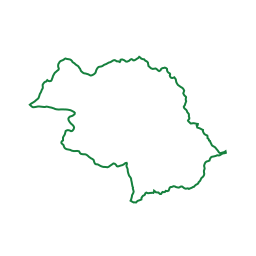 Novo Cruzeiro, Minas Gerais, Brazil (Robinson projection), rotated 281°
{"feature_id": "56859067B79443339621870", "entity_name": "Novo Cruzeiro", "entity_type": "district", "adm_level": 2, "iso_a3": "BRA", "parent_name": "Brazil", "parent_adm1": "Minas Gerais", "projection": "robinson", "projection_center": [-41.963, -17.365], "detail": "fine", "context": "isolated", "style": "outline", "palette": "green", "viewbox_px": 256, "rotation_deg": 281, "n_neighbors": 0, "source": "geoboundaries", "source_scale": "gbopen_adm2", "svg_char_len": 5813}
<svg xmlns="http://www.w3.org/2000/svg" viewBox="0 0 256 256"><g transform="rotate(281 128 128)"><path d="M95.5,75.4L95.0,77.2L95.0,79.3L95.4,81.0L95.8,82.5L95.8,84.3L95.1,85.0L94.3,85.6L93.7,86.5L93.6,87.5L93.6,88.5L93.9,90.1L94.0,91.4L93.7,92.6L93.0,94.0L92.1,95.4L91.6,96.6L91.1,97.7L90.8,99.0L90.0,100.4L88.8,101.0L87.7,101.6L86.7,102.4L86.3,103.5L86.5,105.2L86.0,106.8L85.5,108.2L85.2,109.8L85.1,111.2L85.3,112.5L85.5,114.0L85.5,115.2L86.2,116.4L87.3,117.4L88.4,118.5L89.5,119.6L90.4,120.4L90.4,121.8L89.8,122.9L89.1,123.7L88.4,124.3L88.3,125.4L89.0,126.7L89.8,128.1L90.5,129.6L91.5,130.8L92.4,131.5L93.1,132.2L93.5,133.3L92.6,133.8L91.7,133.7L90.6,133.7L89.6,134.1L88.7,134.8L87.9,135.3L86.9,135.7L85.6,136.0L83.8,136.8L82.2,137.7L81.4,138.2L79.7,140.1L78.6,140.8L77.7,141.0L76.6,141.5L75.5,142.0L74.4,142.4L73.6,142.7L71.4,143.6L70.5,144.3L69.4,144.3L68.2,145.0L66.6,145.7L65.4,145.6L64.6,145.4L63.7,145.1L62.8,144.8L61.8,144.9L60.8,144.9L58.3,144.7L57.1,144.4L56.7,145.5L56.3,146.7L56.0,147.8L56.3,148.7L56.4,150.1L57.4,150.7L58.3,151.4L59.7,153.8L60.4,154.8L62.0,154.6L63.1,155.0L64.3,155.6L65.1,156.7L65.8,157.3L67.1,157.4L68.1,158.3L67.8,159.7L68.0,160.9L68.5,162.1L68.7,163.2L69.1,164.1L69.1,165.3L70.1,165.7L71.4,165.6L70.9,166.6L70.2,167.7L70.3,168.9L70.5,170.2L69.9,171.0L69.3,172.1L69.6,173.1L70.7,173.5L71.8,174.1L71.8,175.4L72.4,176.6L73.5,177.0L73.5,178.6L74.2,179.8L75.5,180.1L76.9,180.2L78.1,180.9L78.4,182.1L78.9,182.9L79.5,183.7L79.6,185.1L79.2,186.3L79.1,187.9L79.2,189.3L79.8,190.1L80.5,190.8L80.9,192.1L80.3,193.5L79.7,194.6L79.4,196.0L79.8,197.3L80.2,198.3L79.8,199.4L80.6,200.5L81.5,202.0L82.4,202.9L82.8,203.9L83.9,204.5L85.3,205.6L86.2,206.8L87.0,207.5L88.1,207.6L90.0,208.9L90.9,209.1L91.8,209.3L93.0,209.7L94.3,210.8L95.3,211.3L96.4,211.6L97.6,211.6L98.8,211.1L100.3,210.7L101.4,210.8L102.7,211.0L104.1,210.5L105.3,209.9L106.8,210.0L108.2,210.3L109.0,210.6L110.1,211.5L110.8,213.0L111.6,214.2L112.9,214.3L114.0,214.6L115.0,215.0L115.8,215.9L116.2,217.0L116.8,218.4L117.4,219.6L118.3,220.8L118.3,222.1L118.7,223.2L119.7,224.3L120.6,225.2L121.3,226.4L121.7,227.7L122.3,228.8L123.8,228.2L122.8,227.2L122.4,226.4L121.7,225.0L120.8,223.3L121.5,221.8L122.6,220.8L123.4,219.9L124.1,219.0L125.0,218.0L125.8,216.9L126.3,215.4L126.8,214.0L127.6,213.2L128.4,212.7L129.9,211.5L130.9,211.0L131.2,209.9L132.1,209.6L132.8,208.9L133.2,208.0L134.4,207.8L135.7,207.3L136.1,205.6L136.6,204.2L137.4,203.4L138.4,202.6L139.3,202.1L140.4,202.0L140.7,200.6L141.2,199.2L141.5,197.6L141.7,195.9L142.6,195.5L143.5,195.0L144.3,195.9L145.3,195.8L145.2,194.4L145.3,192.5L145.2,191.1L144.7,189.9L144.4,188.6L145.3,187.3L145.9,186.3L146.6,185.5L147.7,185.8L148.7,186.4L149.8,186.2L151.0,185.5L152.2,185.4L153.5,184.9L154.2,184.0L154.8,183.2L155.9,182.6L157.0,181.6L157.5,180.5L158.4,179.3L159.4,178.7L160.4,179.0L161.5,179.5L162.5,179.5L163.6,179.7L165.4,180.0L166.7,179.3L168.0,179.1L168.9,179.2L169.7,178.9L170.5,177.5L171.4,176.5L172.7,175.6L174.1,175.9L175.4,176.0L176.5,175.2L177.3,174.4L177.9,173.3L178.4,171.8L179.2,170.1L179.8,168.8L180.7,167.9L182.0,166.8L183.3,166.2L184.9,165.6L185.9,164.5L186.6,163.8L186.0,162.9L185.5,161.9L185.5,160.8L186.2,159.8L187.4,159.0L188.9,159.1L189.6,158.5L190.0,157.2L190.9,156.0L191.9,155.4L192.8,155.2L193.6,154.9L194.1,153.8L194.3,152.6L193.8,151.7L193.3,150.3L192.3,149.3L190.8,148.9L189.8,147.7L190.3,146.4L191.1,145.2L191.7,143.8L191.3,142.7L190.7,141.0L191.0,139.2L192.1,137.4L192.8,136.2L193.9,135.9L194.9,135.4L195.8,135.2L196.5,134.5L197.1,133.4L197.3,132.3L197.9,131.4L198.5,130.8L198.4,129.6L198.6,127.8L199.4,126.8L200.0,125.4L198.8,124.8L197.9,123.8L197.2,123.1L196.5,122.4L195.7,121.4L195.4,120.3L196.0,119.4L196.3,118.4L195.8,117.5L195.1,116.9L194.2,116.3L193.0,114.5L192.8,113.5L193.3,112.4L193.8,111.4L194.0,110.4L194.2,109.1L193.6,107.7L192.2,107.7L191.2,107.3L191.6,105.7L191.3,104.3L191.7,103.3L192.1,102.1L191.7,100.9L191.0,100.0L189.9,98.9L189.2,98.0L188.6,96.7L187.5,95.4L186.6,94.4L186.1,93.5L185.3,92.3L184.6,91.7L183.9,91.0L183.3,90.0L182.9,88.9L182.3,87.5L181.4,86.8L180.3,86.3L179.0,85.9L177.6,85.7L176.2,85.6L175.2,85.0L174.4,84.4L173.6,83.5L173.0,82.7L172.4,81.5L172.6,80.2L173.1,79.0L173.3,76.9L173.4,75.9L173.3,74.6L173.5,73.6L174.2,72.3L174.8,71.2L175.8,70.4L177.1,69.6L177.9,68.5L178.9,67.7L179.5,66.7L179.8,65.7L180.4,64.4L181.3,63.1L181.7,62.0L182.1,61.0L183.1,60.2L183.9,59.0L184.2,58.0L184.2,56.5L184.1,54.8L184.3,53.4L183.7,52.5L182.8,51.9L182.2,51.1L181.6,50.2L180.9,49.1L179.9,48.3L177.3,47.4L175.9,47.5L174.7,47.8L173.8,48.4L172.9,48.8L171.8,48.6L170.7,47.6L169.5,46.7L168.3,45.7L167.1,45.2L165.8,44.8L164.5,44.4L163.4,44.4L162.0,44.1L160.6,43.9L159.7,43.6L159.0,42.3L159.0,40.8L159.6,39.6L158.0,38.8L157.5,37.8L156.6,37.0L155.5,36.5L154.3,36.0L153.0,36.2L151.9,36.6L150.7,36.7L149.8,36.4L148.6,36.0L147.0,35.8L146.0,35.5L144.7,35.0L141.8,34.7L140.5,34.5L139.4,33.9L138.3,32.9L137.3,32.1L136.2,31.3L135.3,30.3L134.5,29.5L133.8,28.6L133.0,27.9L132.1,27.2L131.6,28.0L130.8,29.3L130.3,30.4L130.4,31.5L131.0,33.2L131.6,34.7L132.0,35.6L132.2,36.6L132.3,38.0L132.6,41.5L132.8,42.6L133.4,43.7L133.5,45.1L133.4,46.6L133.4,47.8L133.4,49.1L133.2,50.5L133.1,51.6L132.8,52.6L132.7,54.1L132.9,56.6L133.2,57.6L133.5,58.8L133.7,59.9L134.2,62.7L134.4,64.1L134.5,65.3L134.5,66.9L134.5,68.1L134.2,69.4L133.7,71.0L133.4,72.0L132.7,72.9L131.3,72.9L130.3,72.0L129.4,71.2L128.8,70.1L128.1,68.8L126.8,67.9L125.6,67.7L124.4,68.2L123.4,69.0L122.3,70.1L121.3,71.4L120.6,72.7L120.0,73.6L119.1,74.5L118.1,75.0L116.6,74.9L115.5,74.4L114.6,73.9L114.0,72.7L114.4,71.4L114.5,70.3L114.4,69.3L114.0,68.4L113.2,67.4L111.4,67.3L109.8,67.2L108.8,66.9L107.6,66.4L106.3,66.0L103.4,66.6L102.5,65.7L101.3,65.3L100.3,65.7L99.6,66.8L99.0,67.9L97.2,68.9L96.3,69.7L95.8,70.6L95.5,71.8L95.5,73.0L95.5,74.3L95.5,75.4Z" fill="none" stroke="#15803d" stroke-width="2"/></g></svg>